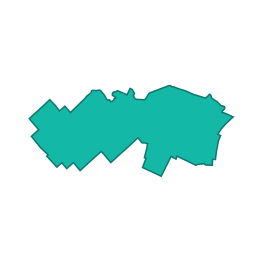 outline of Lisa, Teleorman, Romania, rotated 297°
{"feature_id": "2599482B42083159731508", "entity_name": "Lisa", "entity_type": "district", "adm_level": 2, "iso_a3": "ROU", "parent_name": "Romania", "parent_adm1": "Teleorman", "projection": "equal_earth", "projection_center": [25.161, 43.763], "detail": "fine", "context": "isolated", "style": "filled", "palette": "teal", "viewbox_px": 256, "rotation_deg": 297, "n_neighbors": 0, "source": "geoboundaries", "source_scale": "gbopen_adm2", "svg_char_len": 5140}
<svg xmlns="http://www.w3.org/2000/svg" viewBox="0 0 256 256"><g transform="rotate(297 128 128)"><path d="M161.7,118.2L164.2,114.4L164.2,111.9L157.2,112.1L156.5,101.5L156.0,101.4L154.9,100.9L154.3,100.4L154.1,99.4L153.4,98.7L151.5,98.4L150.1,99.2L149.7,102.2L149.7,103.1L148.8,103.5L148.1,102.6L147.6,102.3L146.2,102.7L143.9,101.2L143.7,100.5L144.7,98.9L144.4,98.1L143.6,97.6L143.9,95.9L146.6,92.0L148.8,86.9L148.9,85.6L148.3,84.4L147.1,83.1L145.4,79.2L145.1,78.9L144.6,78.7L142.9,79.0L142.2,78.9L138.4,77.2L137.8,76.8L136.8,76.6L135.7,76.4L135.3,76.3L132.3,75.4L120.3,71.3L115.6,69.7L118.8,61.9L114.9,60.3L112.1,59.2L115.2,52.8L115.5,51.9L115.7,51.0L117.8,45.5L117.7,45.4L113.5,43.9L104.5,40.6L103.6,40.3L96.3,37.5L91.5,35.8L89.7,40.0L88.2,43.4L86.0,49.2L76.7,45.7L70.7,59.2L67.9,68.9L66.0,68.3L63.4,75.7L60.8,82.4L63.1,83.3L67.0,84.8L64.0,91.8L65.5,92.4L72.4,95.1L71.2,98.0L68.3,104.7L81.5,109.6L95.0,114.8L92.3,121.8L91.9,122.5L89.4,128.4L89.6,128.5L95.1,130.6L95.7,130.8L96.5,131.1L102.6,133.3L105.0,134.3L107.8,135.4L114.0,137.8L122.5,140.8L123.7,141.3L123.3,142.4L122.9,143.3L122.7,143.6L122.3,144.8L122.0,145.3L121.8,145.5L121.6,145.9L121.2,146.7L121.2,147.0L121.3,147.4L121.4,148.0L121.5,148.3L121.6,148.5L121.8,148.6L121.9,148.8L122.0,149.1L122.2,149.3L122.3,149.7L122.4,150.2L122.5,150.4L122.6,150.7L122.7,151.5L122.9,152.2L123.0,152.6L122.4,152.7L121.9,152.8L121.7,152.9L121.4,153.0L121.2,153.1L120.9,153.1L120.6,153.2L120.2,153.4L119.7,153.6L119.4,153.8L119.2,153.8L108.9,156.1L109.2,157.8L99.4,158.9L99.4,159.3L100.0,174.8L100.1,179.5L119.2,179.3L121.7,179.2L122.2,179.2L122.2,181.1L122.1,183.1L122.1,184.5L122.1,184.9L124.5,184.5L125.2,184.4L125.3,190.6L125.6,205.0L125.6,205.4L125.9,205.4L125.9,205.5L126.0,205.7L126.2,205.8L126.4,205.9L126.5,205.9L126.6,206.0L126.8,206.2L126.9,206.3L127.2,206.7L127.5,207.1L128.0,207.8L128.4,208.3L128.8,208.8L128.9,209.0L128.9,209.6L129.1,209.9L129.3,210.2L129.5,210.3L129.8,210.5L130.0,210.6L130.2,210.9L130.3,211.0L130.4,211.3L130.5,211.5L130.8,212.0L130.9,212.3L130.8,212.5L130.7,212.5L130.4,212.5L130.3,213.0L130.3,213.3L130.3,213.5L130.3,213.8L130.3,214.1L133.1,220.1L133.9,219.7L136.1,218.7L138.4,217.5L139.0,218.8L139.6,220.2L141.0,219.7L143.3,218.9L148.3,217.1L150.7,216.5L153.8,215.5L157.4,214.5L163.3,213.9L163.3,210.9L169.2,211.4L176.3,213.3L182.3,215.4L185.6,216.7L185.3,209.1L185.2,208.6L185.3,208.5L185.3,208.4L185.3,208.2L185.2,208.1L185.2,207.8L185.1,207.7L185.1,207.3L185.1,207.1L185.0,206.9L185.0,206.6L184.9,206.1L184.7,206.1L184.6,205.6L184.6,205.4L184.5,204.9L184.5,204.7L184.8,204.6L185.2,204.6L185.4,204.5L185.7,204.5L186.1,204.4L186.4,204.4L186.6,204.4L186.7,204.5L186.8,204.6L186.9,204.8L187.0,204.8L187.3,204.8L187.6,204.9L187.7,205.0L187.8,205.1L188.0,205.1L188.5,205.1L189.0,205.2L189.4,205.2L189.6,205.2L189.8,205.1L190.1,205.0L190.3,204.9L190.5,204.6L190.6,204.4L190.8,204.2L190.8,203.9L190.8,203.6L190.8,203.4L190.7,203.1L190.6,202.6L190.6,202.3L190.5,202.0L190.5,201.6L190.4,201.3L190.3,200.9L190.3,200.5L190.3,200.1L190.4,199.9L190.5,199.6L190.6,199.3L190.6,199.2L190.7,198.9L190.9,198.5L191.0,198.0L191.1,197.8L191.2,197.6L191.3,197.1L191.5,196.5L191.6,196.0L191.7,195.8L191.8,195.6L191.9,195.2L192.0,195.1L191.9,195.0L191.9,194.6L192.0,193.9L192.1,193.2L192.2,192.2L192.3,191.3L192.4,190.8L192.5,190.1L192.6,189.6L192.6,189.4L192.6,189.2L192.8,188.9L193.4,188.3L193.9,187.8L194.4,187.3L194.5,187.1L194.7,186.9L194.8,186.6L195.0,186.3L195.0,186.1L195.1,185.9L195.2,185.7L195.1,185.4L194.9,185.3L194.5,185.2L194.2,185.1L193.8,184.9L192.9,184.7L192.1,184.4L191.6,184.2L190.9,183.9L190.6,183.8L189.9,183.5L189.8,183.3L189.8,183.1L189.7,182.7L189.4,181.2L189.3,180.1L189.1,179.3L189.0,178.4L188.7,177.0L188.6,176.3L188.4,175.3L188.3,174.7L188.2,173.9L188.1,173.3L187.9,172.8L187.9,172.6L187.8,171.9L187.6,170.9L187.6,170.1L187.6,169.4L187.5,169.1L187.5,168.4L187.5,167.2L187.4,165.8L187.3,164.9L187.3,164.3L187.3,163.7L187.2,163.0L187.2,162.4L187.1,162.1L187.0,161.0L186.9,160.2L186.7,159.1L186.6,158.7L186.5,158.4L186.4,157.6L186.3,157.2L186.2,156.7L186.0,155.6L185.9,154.6L185.7,152.9L185.6,151.8L185.5,151.2L185.5,149.9L185.3,149.6L184.9,149.1L184.7,148.7L184.6,148.4L184.6,148.1L184.7,147.8L184.8,147.5L184.9,147.2L185.0,146.8L185.0,146.5L184.8,146.1L184.6,145.7L184.4,145.5L184.2,145.2L183.8,144.8L183.1,144.1L182.5,143.6L182.1,143.3L181.9,143.0L181.2,142.4L179.7,141.0L178.1,139.6L175.5,137.2L174.9,136.7L172.9,134.8L171.8,133.9L170.8,133.0L170.7,132.8L170.5,132.7L170.4,132.6L170.2,132.3L169.9,132.1L169.7,131.9L169.4,131.7L169.0,131.3L168.7,131.2L168.4,131.1L168.0,131.0L167.6,130.9L167.3,130.9L167.1,130.8L166.6,130.8L166.2,130.8L165.3,130.7L164.1,130.6L163.1,130.6L162.3,130.5L161.9,130.4L161.6,130.4L161.4,130.3L161.1,130.1L160.9,130.0L160.7,129.8L160.5,129.6L160.4,129.4L160.2,129.1L160.1,128.9L160.0,128.5L159.7,127.9L159.3,127.0L159.1,126.3L158.8,125.8L157.9,123.6L157.7,123.1L157.4,122.4L157.4,122.2L157.3,121.8L157.3,121.5L157.3,121.1L157.4,120.9L157.4,120.7L157.5,120.5L157.7,120.2L157.8,120.0L158.0,119.8L158.2,119.5L158.5,119.1L158.7,118.8L159.0,118.3L159.2,118.2L161.7,118.2Z" fill="#14b8a6" stroke="#0f766e" stroke-width="1.5"/></g></svg>